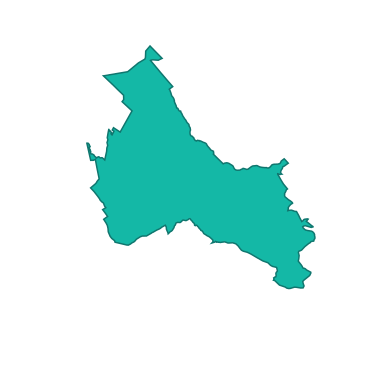 Craiva, Arad, Romania, rotated 48°
{"feature_id": "2599482B65879006777700", "entity_name": "Craiva", "entity_type": "district", "adm_level": 2, "iso_a3": "ROU", "parent_name": "Romania", "parent_adm1": "Arad", "projection": "robinson", "projection_center": [21.986, 46.592], "detail": "fine", "context": "isolated", "style": "filled", "palette": "teal", "viewbox_px": 384, "rotation_deg": 48, "n_neighbors": 0, "source": "geoboundaries", "source_scale": "gbopen_adm2", "svg_char_len": 6089}
<svg xmlns="http://www.w3.org/2000/svg" viewBox="0 0 384 384"><g transform="rotate(48 192 192)"><path d="M121.1,264.6L126.0,264.5L132.0,264.9L135.4,265.3L135.8,265.5L136.8,265.7L139.3,265.6L140.5,265.2L141.5,265.4L144.0,266.4L146.0,266.6L145.3,270.2L148.8,270.5L153.7,271.1L153.2,275.9L157.5,276.6L160.2,277.3L162.9,278.8L165.6,280.9L170.2,282.5L172.8,282.7L176.4,282.1L177.8,282.8L187.8,275.9L188.9,274.8L189.5,272.5L189.6,270.9L190.2,268.6L190.3,267.6L189.9,264.9L190.8,259.8L191.2,259.3L191.4,258.5L194.2,255.3L195.4,249.8L195.4,249.0L195.8,248.0L196.7,243.7L197.7,240.7L197.7,240.2L197.9,239.7L197.9,239.2L197.8,238.5L198.8,234.1L200.6,234.5L201.3,234.9L202.5,235.9L206.3,237.2L207.1,237.7L207.1,236.9L207.0,235.5L207.0,234.4L207.3,233.6L207.3,232.3L206.5,229.4L205.4,227.6L205.4,226.7L205.2,226.1L204.5,225.0L204.4,224.3L205.1,222.8L205.6,222.4L206.7,221.3L206.9,219.8L206.7,217.9L207.1,217.2L208.8,216.0L209.3,215.5L209.9,213.4L210.0,212.1L210.4,211.4L211.0,211.3L212.0,211.5L213.9,211.4L215.4,211.6L216.2,211.4L217.4,211.5L217.9,212.0L218.4,212.3L218.9,212.2L219.2,212.1L219.3,212.0L219.4,211.1L220.2,210.7L221.4,210.8L222.4,210.7L223.8,211.0L225.7,210.8L226.4,211.1L227.2,210.8L227.7,210.5L229.4,210.7L230.5,211.0L231.0,211.0L233.0,210.4L234.4,210.1L236.9,209.1L238.5,208.9L240.9,208.7L241.7,208.7L242.8,209.5L243.1,210.2L243.2,211.3L244.4,208.8L244.5,207.6L244.8,207.6L245.1,207.3L245.3,207.5L245.8,207.3L245.9,206.9L246.1,206.6L246.9,206.2L247.2,205.7L248.5,204.7L249.4,203.2L250.1,202.3L250.4,201.7L251.1,200.9L254.0,199.4L255.1,198.1L256.9,195.8L259.8,194.1L262.9,193.8L265.9,194.1L268.3,194.2L270.3,193.5L273.7,191.3L275.8,190.4L277.9,189.6L283.7,187.8L290.6,185.5L295.4,182.9L299.0,182.7L301.1,182.0L304.3,179.8L305.0,179.7L305.7,180.2L307.1,180.9L308.0,181.7L308.1,183.2L308.8,184.3L310.3,185.3L311.1,186.5L310.7,187.2L310.5,188.8L311.2,189.1L311.8,189.7L312.1,190.5L313.0,189.8L319.7,189.3L324.9,186.4L327.0,185.8L328.6,184.6L329.4,183.5L331.3,179.5L332.3,178.5L336.1,175.4L337.6,173.6L336.8,171.6L334.6,170.7L332.6,169.6L332.4,167.9L332.8,160.4L331.8,158.0L331.1,157.4L326.4,159.1L325.2,159.1L324.0,159.5L323.1,160.3L321.9,160.2L321.1,159.9L319.1,159.6L314.5,159.3L313.1,157.4L310.9,154.9L308.1,153.4L307.6,152.5L307.7,151.5L308.1,150.9L308.5,149.4L308.1,144.7L308.4,139.4L308.7,138.5L308.7,137.9L308.5,137.1L308.6,136.6L309.3,135.2L309.8,134.7L309.9,134.2L309.1,133.2L308.9,132.5L308.9,132.0L308.4,131.4L307.7,130.8L306.3,130.0L305.5,129.3L304.1,128.9L302.7,128.9L302.1,129.0L301.2,129.3L297.8,132.0L296.1,133.1L294.9,133.3L292.8,133.4L291.9,133.0L292.2,131.4L292.6,130.8L292.9,130.3L298.1,127.1L298.1,126.5L298.9,125.7L298.9,125.4L298.6,125.2L297.0,125.6L292.4,126.3L290.3,126.7L289.9,123.8L289.4,124.0L288.5,125.2L287.4,126.9L287.4,127.9L287.6,128.5L287.4,130.2L283.0,129.1L280.8,128.4L276.4,127.4L275.1,128.6L272.2,130.1L271.0,131.5L270.0,133.3L269.5,132.6L269.0,131.7L268.1,131.1L267.6,129.6L267.4,128.1L267.3,126.7L267.6,125.3L267.6,124.7L266.8,124.5L264.7,124.8L262.2,125.5L259.1,125.9L257.8,126.1L256.7,125.7L256.1,125.0L255.2,124.4L254.2,121.7L253.5,120.5L253.6,119.0L247.2,118.7L243.4,118.0L236.1,116.4L235.8,116.1L236.5,115.6L237.8,115.0L238.0,114.8L238.1,114.0L238.5,113.7L238.8,113.3L238.0,113.4L236.8,113.1L236.0,112.1L235.3,110.7L235.2,110.2L235.1,109.3L234.1,107.8L234.1,107.4L234.5,106.1L235.0,101.2L231.0,101.2L229.0,101.3L228.7,104.9L229.6,107.0L229.4,108.2L228.6,109.7L226.5,112.2L225.8,113.2L225.5,114.0L225.3,114.7L225.5,115.6L225.7,117.8L225.6,118.4L225.2,119.3L224.8,119.7L224.3,120.1L223.6,120.4L222.6,121.6L220.4,123.6L219.3,124.4L218.6,124.9L215.9,126.0L215.4,126.5L214.1,128.4L213.4,129.2L212.9,130.8L212.5,135.1L212.1,135.8L211.7,136.3L210.1,137.2L209.0,137.9L208.6,138.3L208.7,138.6L208.4,139.5L208.1,140.3L207.7,141.9L206.0,143.9L205.2,144.5L204.5,144.8L203.5,145.0L202.3,144.8L200.3,144.2L199.5,144.2L195.4,145.4L194.1,146.2L193.4,146.8L192.3,148.6L191.9,150.0L181.9,150.6L178.1,150.8L177.8,149.9L177.1,149.5L176.6,149.3L176.1,148.8L173.7,149.8L172.9,149.9L171.5,149.7L168.7,149.7L167.2,149.5L166.0,149.1L165.0,149.2L163.9,149.6L162.5,150.4L159.7,151.5L159.5,152.1L158.6,152.2L158.0,152.9L157.7,153.0L157.2,153.4L157.1,154.5L156.1,155.0L155.8,155.2L154.2,154.8L153.9,155.0L153.4,154.8L153.0,154.7L152.8,154.4L152.0,154.6L151.6,154.5L150.5,154.6L150.2,155.0L149.3,155.1L149.0,155.2L148.5,154.9L147.9,154.8L146.6,153.9L145.5,152.7L145.0,151.7L144.1,151.1L143.0,150.4L141.5,150.1L140.8,149.9L140.6,149.6L140.1,149.3L139.5,149.1L137.2,149.2L136.5,149.1L135.5,148.8L133.6,148.4L132.6,148.6L131.4,148.2L129.6,148.0L126.5,147.0L125.6,147.0L125.2,146.9L124.5,146.3L124.2,146.3L123.9,146.8L123.5,147.1L122.8,147.2L121.8,147.1L121.6,147.0L121.5,146.8L120.3,146.6L119.8,146.7L119.7,147.0L119.1,147.1L116.8,145.8L116.2,145.8L115.3,145.4L114.7,145.2L114.2,145.2L113.9,144.9L112.6,144.4L112.4,144.0L111.0,143.3L110.1,143.0L109.0,142.8L106.9,142.7L104.0,141.3L101.0,140.1L100.4,140.1L100.4,139.6L100.5,138.8L100.8,135.8L93.9,135.7L82.0,135.4L66.4,134.8L66.6,134.2L67.2,133.2L67.6,132.6L71.5,128.9L71.6,128.6L71.9,127.4L72.7,124.8L55.4,125.5L56.3,132.1L60.9,136.6L61.7,138.1L60.2,145.5L59.6,159.3L46.4,180.1L61.9,178.9L66.0,178.7L74.3,178.1L77.6,180.9L78.1,183.5L91.6,182.3L99.4,205.3L91.7,207.3L92.6,209.8L94.6,209.3L96.1,213.2L95.4,213.4L94.4,213.1L94.1,212.1L92.5,212.0L91.6,212.0L91.6,212.4L89.9,211.9L89.8,212.0L91.6,214.4L95.0,218.7L96.8,219.5L97.8,221.0L98.3,222.0L101.0,223.5L102.3,225.8L104.7,228.3L109.8,235.4L106.8,235.7L106.2,236.0L105.6,236.9L105.4,237.3L104.8,237.5L103.7,237.6L103.3,237.9L102.8,239.2L102.9,240.2L102.8,240.3L101.8,240.2L100.1,240.4L99.0,240.1L97.1,240.6L96.7,241.1L95.9,241.6L95.5,241.5L94.4,240.5L94.1,240.3L93.9,240.0L93.4,240.0L92.7,240.2L92.4,240.2L92.5,239.9L92.6,239.5L92.5,239.4L91.8,239.3L90.9,239.1L90.1,238.6L90.0,238.3L90.2,237.9L90.2,237.5L89.9,237.2L88.8,237.1L88.5,237.0L88.2,236.7L87.8,236.6L86.6,236.5L86.0,236.7L85.4,237.5L100.7,246.1L102.5,244.0L103.1,242.0L110.3,246.4L120.1,252.2L120.5,255.0L120.7,255.8L121.1,256.6L121.3,258.4L121.1,264.6Z" fill="#14b8a6" stroke="#0f766e" stroke-width="1.5"/></g></svg>